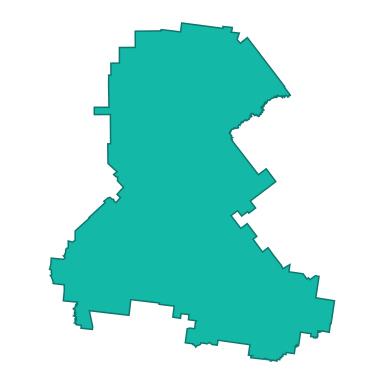 Central Darling, New South Wales, Australia (Albers equal-area conic projection)
{"feature_id": "25037944B50105666035452", "entity_name": "Central Darling", "entity_type": "district", "adm_level": 2, "iso_a3": "AUS", "parent_name": "Australia", "parent_adm1": "New South Wales", "projection": "albers", "projection_center": [143.358, -31.772], "detail": "fine", "context": "isolated", "style": "filled", "palette": "teal", "viewbox_px": 384, "rotation_deg": 0, "n_neighbors": 0, "source": "geoboundaries", "source_scale": "gbopen_adm2", "svg_char_len": 5884}
<svg xmlns="http://www.w3.org/2000/svg" viewBox="0 0 384 384"><path d="M250.8,357.7L264.8,359.3L265.0,358.5L266.6,358.7L266.6,359.5L270.1,359.9L270.1,360.8L271.6,361.0L271.9,360.1L275.5,360.6L275.5,360.8L277.0,361.0L277.2,359.4L279.8,359.7L280.1,357.5L281.5,357.7L281.8,356.1L282.8,356.2L283.1,354.2L285.9,354.6L286.2,352.5L294.3,353.6L295.2,347.2L295.3,347.2L295.2,346.9L295.9,346.9L295.7,345.9L296.1,345.9L296.2,345.2L296.6,344.9L296.5,345.3L296.9,345.4L296.9,345.8L297.1,346.1L297.2,345.8L297.7,345.9L297.7,345.6L298.0,345.5L298.3,345.5L298.5,346.2L300.6,332.1L311.2,333.7L310.7,336.5L313.8,337.0L313.7,337.7L315.7,338.0L315.8,337.4L317.2,337.6L317.4,336.4L317.9,336.2L317.9,335.7L317.5,335.4L318.1,331.3L317.8,331.2L317.8,330.8L318.6,330.9L318.5,332.1L320.0,332.3L320.2,331.1L321.7,331.4L321.8,330.9L329.2,332.3L330.4,323.5L331.1,323.6L334.5,300.8L315.8,297.8L319.0,276.4L315.2,275.8L309.9,279.7L308.5,277.8L306.9,279.0L303.1,273.8L288.9,271.8L289.9,264.6L282.8,268.7L281.5,265.6L273.8,255.7L268.0,247.7L262.5,252.0L253.1,239.2L256.8,236.3L247.2,223.6L240.8,228.4L231.0,215.6L237.6,210.7L241.7,216.1L247.6,211.6L248.8,213.2L255.6,208.0L250.3,201.0L275.8,181.6L266.2,168.8L258.4,174.7L232.6,141.3L232.3,140.4L231.3,139.5L231.3,139.1L231.9,139.1L231.5,138.6L232.0,137.8L232.4,137.5L231.6,137.4L231.2,137.2L231.2,136.6L231.5,136.1L231.6,135.8L231.2,135.3L230.8,135.1L230.7,134.4L230.4,134.4L230.1,133.8L229.5,133.7L229.5,133.4L230.3,133.0L230.4,132.8L229.5,132.3L230.1,131.6L231.0,131.2L231.1,130.8L230.7,130.3L231.4,130.0L232.0,129.1L232.3,129.0L233.0,129.2L233.6,129.1L233.9,128.3L234.3,127.7L234.6,127.8L235.3,128.4L235.9,128.0L237.0,128.3L237.6,127.8L238.4,127.8L238.6,127.4L238.1,126.6L238.3,125.5L239.1,125.0L239.8,125.3L239.8,124.6L240.5,124.6L240.6,124.1L241.0,123.5L241.0,122.7L242.3,122.5L241.8,122.1L241.8,121.9L243.3,121.7L243.8,120.8L244.6,120.6L244.9,120.0L245.5,119.7L245.6,119.8L245.6,120.5L246.2,120.7L247.2,120.4L247.8,119.7L249.0,119.4L249.3,119.0L249.1,118.5L249.4,118.2L249.5,117.8L250.0,117.5L250.1,117.1L251.2,116.7L250.5,116.4L250.0,115.7L250.4,115.4L251.1,115.7L251.4,115.6L250.7,114.3L251.2,113.5L251.6,113.8L252.3,113.6L252.9,114.2L253.4,113.9L253.4,114.3L254.0,114.7L254.4,115.5L255.0,115.4L254.7,115.1L254.7,114.9L255.1,115.0L256.2,114.7L256.5,115.4L257.1,115.3L257.9,115.5L257.9,116.1L258.1,116.4L258.5,116.5L258.9,116.4L259.5,115.7L259.7,114.5L260.6,114.5L261.1,114.2L261.0,113.9L260.2,113.8L260.3,113.4L260.9,112.9L261.7,112.9L262.4,112.3L262.0,111.9L261.8,111.2L262.4,111.3L263.2,110.6L263.8,110.3L263.8,110.0L263.4,109.7L263.5,109.4L263.0,109.0L262.2,108.8L262.2,108.4L261.8,108.2L261.6,108.4L261.1,108.1L261.1,107.8L261.5,107.8L261.6,107.1L262.2,107.6L262.8,107.7L262.8,107.1L263.2,106.8L262.9,106.3L263.9,106.3L264.2,105.8L264.1,105.6L263.1,105.5L263.0,105.4L263.1,105.1L263.8,105.1L264.3,104.3L265.0,104.2L264.5,103.4L264.5,102.6L265.3,102.6L265.7,103.4L266.4,103.3L266.5,103.1L265.6,102.6L265.6,102.1L265.8,101.9L266.3,102.4L266.9,102.4L267.3,101.6L267.5,100.5L267.9,99.9L268.6,100.0L269.1,100.4L269.3,100.3L270.5,99.6L271.4,98.2L272.9,98.2L273.6,97.5L274.0,97.4L274.8,96.3L275.1,96.5L274.8,97.0L275.0,97.4L276.1,96.6L276.4,96.8L276.3,97.4L276.7,97.4L277.5,96.7L277.0,95.9L277.4,95.1L277.7,95.3L278.1,96.1L279.4,96.0L280.2,96.4L280.9,96.1L281.4,96.7L281.6,96.7L282.0,95.9L282.4,96.6L282.2,97.3L282.6,97.6L283.2,96.1L283.5,96.1L283.3,96.4L283.2,96.9L283.8,96.4L284.7,97.2L285.1,96.3L284.6,96.2L284.8,95.7L285.4,95.4L286.6,95.6L287.7,97.1L288.7,96.7L288.3,96.2L288.6,95.4L290.2,95.4L290.7,95.7L284.1,86.9L284.6,86.5L247.3,37.6L243.7,40.6L243.3,40.6L243.2,41.0L240.4,43.3L237.3,39.7L237.2,39.1L239.3,33.1L231.0,32.2L231.8,30.7L232.3,27.5L222.9,26.5L223.2,27.4L223.0,28.4L181.7,23.0L180.6,31.9L161.1,29.6L160.9,30.9L135.2,31.2L135.3,47.4L119.4,47.5L119.4,63.1L110.9,63.2L111.0,75.1L108.7,75.1L108.6,84.9L109.0,107.3L94.3,107.3L94.3,114.6L110.4,114.5L110.6,143.8L107.8,143.8L108.0,163.5L117.1,171.8L115.2,173.2L113.6,174.6L116.2,176.9L117.7,177.1L117.4,180.7L123.6,187.5L121.0,189.9L117.0,194.4L120.4,197.6L116.0,202.6L113.8,200.7L113.6,199.3L112.2,199.3L110.0,197.4L108.3,197.7L103.8,201.3L105.2,202.6L89.0,217.5L89.5,218.0L75.2,230.9L75.1,240.3L72.8,242.1L68.2,241.0L68.3,247.8L66.8,248.2L66.2,248.8L65.6,250.4L65.7,251.4L65.5,252.3L65.6,253.0L64.6,254.3L64.7,255.1L64.5,256.3L63.5,256.0L63.7,256.4L64.4,256.5L65.1,258.1L63.3,259.3L63.0,259.3L51.2,258.1L50.9,263.8L50.0,268.1L49.5,269.2L51.6,270.5L51.2,272.6L51.8,274.4L51.2,275.3L50.2,275.4L50.2,275.5L51.0,276.2L52.2,278.9L53.6,283.2L53.3,283.4L53.7,283.6L64.2,284.8L64.3,290.8L63.3,300.8L77.4,302.2L77.1,302.6L77.2,303.1L77.0,303.5L77.4,303.4L77.5,303.8L77.2,304.0L77.2,304.8L76.7,304.9L76.3,304.0L76.2,304.0L75.7,304.8L76.2,305.0L76.3,305.5L75.7,305.9L75.8,306.3L75.4,306.4L75.4,307.2L73.3,308.7L73.4,309.1L73.9,309.4L74.3,309.3L74.9,310.1L75.0,310.6L75.3,310.6L75.2,311.0L74.7,311.6L75.1,312.0L74.7,312.5L75.3,312.6L75.0,313.0L75.6,313.4L75.8,314.2L75.3,314.5L74.5,314.2L74.5,314.9L74.3,315.4L73.6,315.9L74.4,316.2L74.9,316.3L75.1,316.1L75.5,316.6L76.1,316.7L75.9,317.3L76.4,317.5L76.2,318.1L75.8,317.9L75.5,318.0L75.4,318.7L75.7,319.1L75.0,319.0L75.2,319.9L75.4,319.9L75.4,319.5L75.9,319.3L76.5,319.7L76.4,320.3L75.8,320.1L75.4,320.4L75.4,320.9L75.0,321.2L75.3,321.6L75.1,322.2L75.5,322.7L74.8,323.0L76.1,323.4L75.6,323.9L76.5,324.8L81.3,325.3L81.0,328.2L92.4,329.4L92.7,326.6L89.3,310.7L129.0,315.3L130.8,299.6L159.3,303.0L159.1,304.3L174.2,306.1L172.8,317.1L174.2,317.3L174.5,317.4L180.5,318.3L181.0,313.6L189.0,314.6L188.4,319.7L196.4,320.8L196.3,321.3L195.4,322.4L194.7,328.7L190.0,328.1L187.2,328.7L185.3,342.8L193.1,343.8L193.0,344.7L194.2,344.8L195.8,347.1L196.5,346.1L200.3,344.4L200.7,343.8L200.9,342.8L207.2,343.8L209.7,342.5L211.8,344.4L217.2,345.2L218.0,340.2L249.9,344.7L248.4,355.2L252.2,355.7L251.0,356.6L250.8,357.7Z" fill="#14b8a6" stroke="#0f766e" stroke-width="1.5"/></svg>